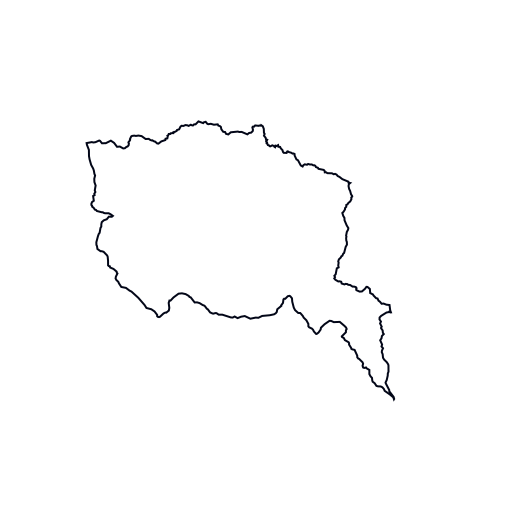 the district of Mallama (Piedrancha), Nariño, Colombia, rotated 136°
{"feature_id": "7082276B67820358645790", "entity_name": "Mallama (Piedrancha)", "entity_type": "district", "adm_level": 2, "iso_a3": "COL", "parent_name": "Colombia", "parent_adm1": "Nariño", "projection": "natural_earth1", "projection_center": [-77.865, 1.189], "detail": "fine", "context": "isolated", "style": "outline", "palette": "ink", "viewbox_px": 512, "rotation_deg": 136, "n_neighbors": 0, "source": "geoboundaries", "source_scale": "gbopen_adm2", "svg_char_len": 6131}
<svg xmlns="http://www.w3.org/2000/svg" viewBox="0 0 512 512"><g transform="rotate(136 256 256)"><path d="M299.4,454.9L300.4,453.4L302.5,448.4L306.8,443.8L308.6,441.1L311.3,436.0L312.4,432.0L313.3,430.1L315.2,427.3L315.8,425.7L318.7,423.9L320.9,421.4L322.4,418.1L326.4,415.2L327.1,413.6L329.1,413.1L329.8,411.9L331.5,412.3L334.3,408.4L336.5,408.7L338.2,407.9L339.0,407.0L339.0,406.0L339.6,405.3L339.3,403.5L339.7,401.3L339.1,400.3L339.2,398.9L336.5,394.5L335.8,393.9L335.7,393.0L334.9,391.6L332.3,389.1L331.6,387.1L331.1,384.3L332.5,384.4L334.5,386.5L337.8,386.1L340.7,387.4L343.4,387.5L345.2,386.3L346.9,384.6L348.4,384.2L352.4,381.3L353.8,381.1L356.0,380.0L361.3,376.8L363.1,374.8L363.5,373.6L365.2,371.2L364.5,367.4L363.7,366.7L362.7,364.9L362.7,359.8L363.2,358.5L365.6,355.5L368.9,352.0L368.9,351.0L368.3,350.2L368.9,349.0L367.5,345.7L367.1,341.6L367.8,340.6L367.8,339.7L371.1,338.5L372.6,337.4L373.1,335.8L373.0,333.1L373.6,331.5L374.4,327.3L371.7,323.4L371.0,318.9L370.3,316.9L369.7,307.7L370.2,298.2L370.9,294.7L368.3,290.4L367.5,286.6L368.0,282.3L368.9,281.4L368.9,280.5L368.2,279.4L367.3,279.0L362.4,278.9L360.5,278.3L359.9,277.6L356.6,277.3L354.4,278.9L351.4,282.9L349.2,284.1L348.5,283.3L344.1,283.5L337.9,282.7L335.2,280.6L333.1,277.5L332.1,274.0L332.3,272.8L331.7,271.6L332.4,265.2L330.6,263.6L329.3,261.3L328.4,257.7L327.8,256.6L327.6,255.4L328.0,252.2L327.7,251.1L328.2,247.3L327.4,245.3L326.9,244.3L324.8,243.1L324.1,242.3L323.6,239.7L321.0,237.2L316.7,229.2L315.5,227.9L313.4,227.3L312.4,224.1L308.9,222.7L305.8,220.6L303.6,214.8L299.0,211.9L297.2,209.9L293.2,208.6L287.2,203.8L283.5,201.5L281.6,201.1L280.0,201.3L277.7,202.9L272.5,202.5L272.2,203.0L269.2,203.5L266.4,205.7L265.4,205.7L264.7,204.9L261.1,205.0L259.6,204.1L259.3,203.2L259.5,200.6L261.7,197.9L264.7,192.6L265.5,189.9L265.2,185.7L263.8,184.3L263.8,183.2L264.0,180.2L264.5,178.6L264.4,174.8L265.5,170.8L267.2,169.0L267.3,167.8L266.2,164.9L266.2,163.3L266.8,161.5L266.9,158.2L266.5,157.8L264.2,157.5L260.6,158.2L259.1,159.3L254.1,159.3L248.1,158.3L247.0,157.0L246.0,154.4L241.5,150.4L240.9,144.2L240.9,142.0L241.5,140.5L242.9,140.1L244.3,138.7L250.1,138.6L250.4,138.0L249.8,135.9L250.5,133.8L249.3,129.6L249.6,128.6L250.6,127.6L251.4,123.8L251.9,123.0L251.6,122.0L250.3,120.0L252.4,114.0L253.5,112.8L253.7,111.3L253.3,110.4L253.2,105.5L253.8,104.1L255.6,103.0L256.4,101.4L255.9,100.3L254.3,99.4L254.5,98.5L253.6,95.3L256.5,92.3L257.2,89.8L257.2,87.8L258.9,85.6L259.4,84.5L259.0,82.1L259.6,78.9L258.8,77.5L256.9,75.5L256.3,73.8L256.4,71.5L257.1,69.6L255.9,63.5L255.4,58.9L256.3,57.1L255.9,57.2L254.9,59.0L254.1,66.1L253.3,67.0L251.1,74.3L250.7,75.0L248.1,76.0L244.4,78.4L242.7,80.0L241.1,80.7L236.8,85.2L236.2,86.2L235.7,88.7L235.8,92.5L235.3,94.6L233.1,97.4L232.3,99.5L231.0,100.5L228.7,101.4L228.6,103.7L226.8,104.7L225.2,109.1L222.9,109.6L221.0,111.0L218.3,111.1L218.1,112.6L216.6,114.5L216.2,117.1L215.7,117.6L214.7,117.8L213.6,121.3L211.7,122.0L211.2,124.6L209.8,125.9L207.6,126.0L201.4,124.7L199.6,123.5L199.0,123.5L198.6,122.1L198.1,121.7L197.2,123.7L194.0,128.0L196.0,130.4L197.3,133.2L198.8,134.4L198.6,137.0L198.9,138.8L198.1,141.0L198.9,142.2L198.9,145.9L198.6,147.1L199.6,150.0L197.0,153.2L197.3,156.3L198.0,157.1L200.3,156.7L204.4,156.9L206.2,158.4L207.5,161.7L206.8,162.8L206.0,163.0L205.8,164.3L206.8,166.0L207.8,166.9L208.4,169.7L209.7,171.3L209.8,172.3L210.9,173.7L212.1,174.1L213.5,176.7L212.6,178.3L213.5,179.8L214.5,180.5L215.4,183.7L215.3,185.5L213.8,185.9L213.4,187.3L211.4,187.5L206.4,191.0L204.5,190.4L203.4,192.1L201.2,193.8L200.6,195.0L198.7,196.0L196.1,196.0L194.8,196.5L193.7,196.2L191.6,197.1L190.5,197.0L185.1,200.3L182.7,201.0L180.9,203.0L180.3,204.4L178.7,206.3L177.5,207.1L177.1,208.0L174.0,210.2L171.5,211.0L170.2,211.9L169.5,215.0L167.5,220.2L165.9,222.0L165.4,224.2L164.0,227.0L162.4,227.0L159.6,227.7L158.7,228.6L156.9,228.7L155.6,230.0L154.3,229.6L152.8,230.0L150.3,229.8L147.9,230.6L146.8,231.9L145.5,231.9L145.1,232.5L144.8,234.3L143.1,237.4L142.4,239.6L140.8,242.1L139.2,243.2L137.6,243.1L138.5,244.5L137.9,245.3L140.5,251.3L141.0,254.9L141.7,256.8L141.5,258.6L142.1,260.2L143.3,260.8L143.9,262.7L147.1,266.0L147.5,267.7L148.4,268.4L147.5,269.6L147.5,270.9L150.5,275.3L150.2,276.5L151.1,278.3L150.7,279.6L150.9,280.6L151.8,281.4L152.3,283.1L153.6,284.3L154.6,286.0L155.9,286.2L157.3,288.1L158.9,288.4L160.3,288.0L160.9,290.0L159.3,295.7L159.8,297.4L158.4,301.5L157.4,302.6L157.8,303.7L158.6,304.3L158.9,305.8L160.3,308.2L160.4,309.2L161.0,309.5L162.4,308.9L164.4,311.0L164.3,312.1L163.4,313.8L163.4,316.2L162.9,317.7L164.0,319.0L163.1,320.4L164.8,320.8L165.3,321.8L166.7,321.0L166.9,321.8L166.6,322.4L167.4,324.3L169.5,324.9L169.9,325.5L169.8,326.5L170.4,327.6L169.9,328.7L170.1,329.6L169.2,330.0L169.3,331.0L168.9,331.7L168.5,331.9L168.3,331.5L167.2,331.8L167.7,333.1L166.9,334.4L166.7,337.0L165.0,337.8L164.7,339.1L162.1,342.0L161.0,344.6L161.4,346.6L162.0,346.4L163.0,347.6L163.6,347.7L165.9,350.5L167.5,350.4L168.3,351.2L169.2,351.1L170.6,348.8L171.7,348.1L173.8,348.1L175.5,349.3L177.7,349.5L180.1,355.2L181.9,356.8L182.6,358.1L188.2,362.5L191.5,362.7L192.7,364.7L192.1,366.6L193.3,368.1L192.9,371.2L191.6,373.3L191.7,374.4L192.5,376.0L192.1,377.3L195.1,379.7L196.7,382.5L198.8,384.0L199.2,384.9L199.0,387.5L200.7,388.4L201.7,388.3L203.9,392.8L208.0,392.7L209.1,393.7L210.7,393.7L211.3,394.5L211.7,395.7L214.1,396.4L214.6,397.7L215.8,399.2L217.9,400.0L219.1,401.4L220.5,401.5L223.3,400.5L225.3,401.5L226.1,401.1L228.3,401.7L228.8,402.2L229.9,401.8L230.1,402.5L230.7,402.4L232.1,403.5L232.8,403.3L234.0,404.4L235.3,403.8L236.1,404.0L236.2,403.5L238.1,402.2L239.6,403.2L240.7,402.4L244.5,404.2L248.1,404.6L248.9,405.6L249.1,408.4L249.6,409.0L250.2,411.2L250.6,411.3L251.4,412.8L251.8,414.8L254.1,416.8L255.0,421.7L256.9,424.3L259.0,425.8L260.0,427.2L261.8,428.5L262.7,428.7L265.6,427.6L265.8,427.0L266.5,426.7L268.5,426.5L269.0,426.2L269.3,425.2L270.8,424.1L272.4,424.0L273.4,424.5L275.4,424.6L276.8,425.6L277.9,429.3L280.1,431.1L279.5,435.9L280.3,439.8L285.7,441.5L288.5,444.1L288.2,447.2L288.6,448.0L292.4,449.4L294.1,450.6L295.0,452.0L299.4,454.9Z" fill="none" stroke="#020617" stroke-width="2"/></g></svg>